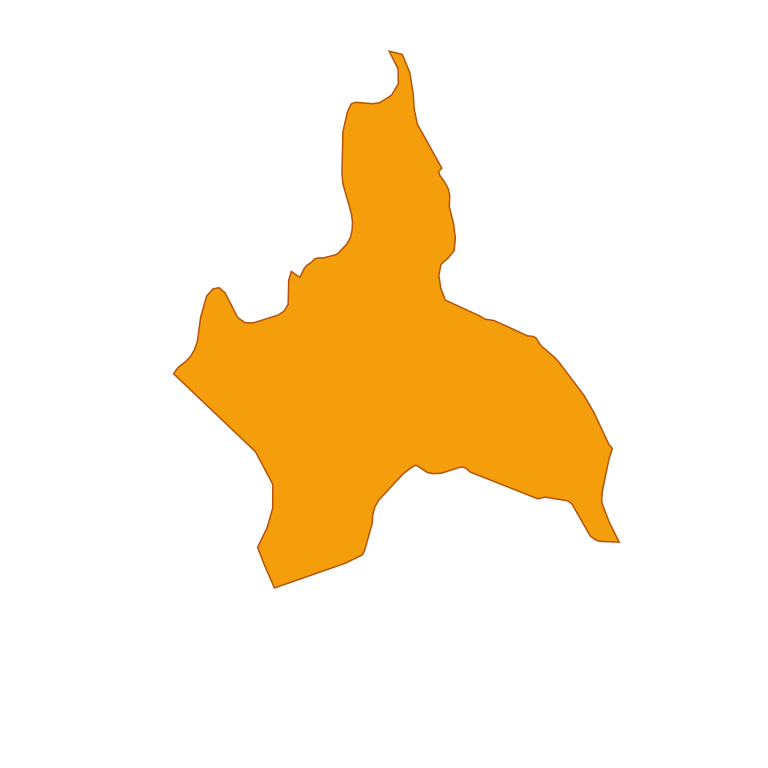 map outline of Guéckédou (Equal Earth projection), rotated 144°
{"feature_id": "GIN-5640", "entity_name": "Guéckédou", "entity_type": "Prefecture", "adm_level": 1, "iso_a3": "GIN", "parent_name": "Guinea", "parent_adm1": "", "projection": "equal_earth", "projection_center": [-10.351, 8.727], "detail": "fine", "context": "isolated", "style": "filled", "palette": "amber", "viewbox_px": 768, "rotation_deg": 144, "n_neighbors": 0, "source": "natural_earth", "source_scale": "10m", "svg_char_len": 1671}
<svg xmlns="http://www.w3.org/2000/svg" viewBox="0 0 768 768"><g transform="rotate(144 384 384)"><path d="M237.5,201.2L237.1,197.7L246.4,190.8L270.3,169.0L276.5,161.7L278.0,158.5L282.9,140.2L286.7,117.8L302.2,130.1L304.5,133.7L306.5,139.8L302.5,176.0L303.3,179.8L304.7,182.2L320.5,198.1L327.0,200.6L366.1,262.2L366.7,265.6L367.7,268.4L368.9,270.4L372.4,272.3L390.2,278.2L396.7,282.4L400.9,286.7L405.1,297.9L405.9,299.6L411.4,300.3L421.0,300.1L455.5,293.4L462.9,290.4L468.8,285.9L471.6,283.0L475.3,278.3L497.6,260.7L501.8,258.5L520.1,261.6L592.5,283.4L587.4,306.9L582.3,326.1L562.8,336.6L547.2,348.8L533.0,368.0L527.8,404.7L548.2,516.0L542.1,518.1L539.9,518.5L531.5,518.7L524.3,520.0L517.4,523.0L510.0,528.1L493.2,545.7L475.8,559.4L466.6,561.5L460.8,558.9L459.0,551.1L463.3,523.8L460.4,515.3L453.9,510.3L429.3,502.0L422.0,501.8L414.7,504.8L400.1,524.0L392.8,529.5L389.4,519.8L380.5,524.4L376.0,525.4L371.3,525.1L366.3,526.0L362.7,524.4L359.2,521.8L347.4,517.0L344.5,516.7L331.3,519.2L324.8,522.5L319.4,527.2L314.3,533.5L310.1,541.4L299.7,569.9L294.4,578.9L268.9,612.3L253.7,625.6L245.8,629.9L241.2,628.5L228.9,617.8L222.5,614.2L208.2,613.2L195.9,618.5L187.4,630.7L184.2,650.2L175.5,639.9L180.0,621.0L189.9,601.4L197.8,589.0L204.2,574.9L210.4,524.6L215.1,523.8L216.3,519.2L216.2,512.3L217.2,504.6L220.2,497.6L226.9,489.1L233.8,472.2L240.7,459.8L249.0,450.6L257.7,448.3L267.7,447.2L275.8,439.6L281.7,428.3L285.1,415.9L266.5,382.7L264.2,377.1L257.7,370.7L240.0,339.3L238.8,337.9L235.7,335.1L234.2,332.7L234.0,330.6L234.4,324.5L234.3,321.9L230.4,305.5L229.7,299.6L228.9,257.3L231.0,237.1L237.6,202.7L237.5,201.2Z" fill="#f59e0b" stroke="#b45309" stroke-width="1.5"/></g></svg>